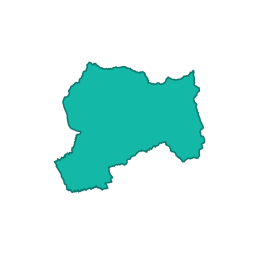 Baraya, Huila, Colombia (Mercator projection), rotated 311°
{"feature_id": "7082276B91973001860083", "entity_name": "Baraya", "entity_type": "district", "adm_level": 2, "iso_a3": "COL", "parent_name": "Colombia", "parent_adm1": "Huila", "projection": "mercator", "projection_center": [-75.008, 3.124], "detail": "fine", "context": "isolated", "style": "filled", "palette": "teal", "viewbox_px": 256, "rotation_deg": 311, "n_neighbors": 0, "source": "geoboundaries", "source_scale": "gbopen_adm2", "svg_char_len": 5807}
<svg xmlns="http://www.w3.org/2000/svg" viewBox="0 0 256 256"><g transform="rotate(311 128 128)"><path d="M152.1,55.6L150.9,55.9L148.7,55.6L147.8,56.5L147.2,57.5L146.3,57.8L145.2,57.8L143.9,58.9L143.4,58.8L141.9,57.6L141.4,57.5L138.9,58.4L138.2,59.1L136.2,59.4L135.2,60.1L133.1,59.4L131.4,60.4L130.7,61.4L129.8,60.7L128.4,60.3L128.5,59.5L128.3,59.1L127.0,58.7L125.5,58.9L124.6,58.5L123.7,58.8L122.9,58.1L121.9,57.8L119.8,58.6L117.0,58.8L116.6,59.5L116.6,60.3L115.9,60.9L114.6,61.5L112.3,61.8L111.8,61.4L110.9,61.3L110.4,61.0L110.2,60.2L109.3,60.0L108.8,60.5L108.0,60.5L105.1,61.7L101.8,66.1L98.3,73.3L97.3,74.4L95.4,75.9L91.6,80.9L91.2,81.7L90.4,84.5L90.5,85.7L92.4,91.5L94.2,94.7L92.8,95.7L92.1,95.7L91.0,95.3L89.9,93.9L89.3,94.2L89.2,93.9L88.5,93.8L87.3,95.0L86.4,94.8L85.9,95.7L84.9,95.6L84.9,96.1L84.4,96.3L83.9,97.0L82.4,96.9L81.1,98.1L80.1,98.4L79.2,99.4L78.2,99.2L77.4,99.6L77.0,99.1L76.4,98.9L76.2,99.4L74.3,100.0L73.4,101.9L72.3,102.1L72.1,102.0L72.3,101.6L72.0,101.0L71.0,100.1L69.6,100.8L69.7,100.0L69.2,98.8L68.0,99.0L67.6,98.4L66.6,98.5L66.4,98.1L65.8,98.1L65.2,99.3L64.8,99.7L64.2,98.6L62.7,98.8L62.7,98.0L62.2,97.7L62.1,97.2L60.7,97.8L60.3,97.6L59.1,97.8L58.5,95.3L58.0,95.6L58.0,96.0L57.1,96.2L56.2,95.9L56.0,95.4L55.5,95.4L55.3,95.7L54.5,94.8L54.0,95.7L53.2,98.9L52.2,98.7L52.1,98.9L49.4,107.9L47.6,109.7L47.1,111.4L47.2,111.9L46.7,112.7L46.4,113.8L44.5,116.2L44.2,117.2L44.7,118.2L44.6,118.5L43.9,119.7L41.7,122.1L42.2,123.4L41.8,123.9L41.9,124.2L42.5,123.9L42.6,124.1L43.2,124.1L43.1,125.4L43.6,125.4L42.8,127.3L42.9,128.1L44.7,128.9L44.6,129.3L44.8,129.5L45.9,128.9L46.0,129.3L45.7,130.3L46.3,130.8L47.5,131.1L48.2,130.7L48.4,131.0L48.4,131.6L47.5,132.5L48.9,133.0L48.9,133.5L49.7,133.6L49.8,133.2L50.6,133.3L50.4,134.1L51.3,134.9L51.7,135.0L52.1,134.5L52.6,134.7L52.6,135.0L52.3,134.9L52.2,135.2L52.8,135.4L53.2,135.2L53.5,135.6L53.5,137.0L53.9,136.8L54.2,137.2L55.3,137.1L55.8,137.8L56.6,137.8L57.8,138.5L57.6,139.4L57.8,139.6L57.5,139.9L57.7,140.3L58.2,140.1L58.9,140.2L59.2,140.5L59.1,140.9L59.6,141.2L59.8,140.8L60.6,141.0L60.5,141.3L61.2,141.5L61.3,142.0L61.6,142.2L63.1,142.0L62.6,142.7L63.0,142.9L63.1,143.8L63.4,143.9L63.2,144.8L63.7,145.0L64.2,146.6L64.4,146.6L64.8,147.2L64.5,147.4L64.6,147.8L64.3,148.0L64.6,148.7L64.5,149.0L65.1,148.9L65.6,149.5L67.1,150.3L68.2,151.5L69.3,152.1L70.7,149.5L71.4,147.1L72.9,148.1L74.4,149.6L76.3,150.4L76.1,150.9L76.4,151.1L76.7,151.1L78.2,148.2L79.0,148.0L80.2,148.9L80.4,148.8L81.0,147.2L81.0,145.5L82.4,142.8L83.1,142.1L83.1,141.6L84.3,140.9L85.0,139.8L85.8,139.2L86.0,139.3L86.1,139.9L87.0,139.9L88.7,141.3L89.5,141.4L90.2,142.6L91.2,142.5L93.0,143.5L93.4,144.4L93.7,144.4L94.6,145.0L94.7,145.6L95.1,146.1L95.5,146.0L96.9,146.7L97.6,148.2L97.6,149.4L98.1,149.8L99.3,149.9L99.7,150.3L101.0,150.1L103.2,148.2L103.6,148.2L104.5,148.5L105.6,149.8L106.4,149.9L107.4,149.5L108.3,149.5L109.7,149.9L111.7,151.3L114.5,151.2L117.6,151.6L118.5,152.1L119.5,153.4L120.3,153.1L120.8,154.5L121.6,155.5L121.5,156.5L121.9,157.5L122.3,157.8L122.6,156.9L124.6,157.8L125.6,158.6L126.4,157.7L127.0,157.6L127.5,159.6L128.4,159.4L129.2,159.5L130.8,159.0L131.6,159.3L131.5,161.0L133.1,161.0L133.8,161.6L134.9,162.2L135.9,161.9L137.6,161.7L138.6,163.2L140.5,164.1L141.3,164.9L141.8,166.4L140.6,166.9L140.3,167.9L141.2,171.2L141.0,172.3L140.1,173.4L139.9,174.3L138.8,175.0L139.0,175.6L138.9,176.6L139.6,177.4L140.3,179.6L139.8,181.0L139.0,182.1L138.8,185.9L139.6,186.6L139.1,187.3L139.0,188.7L139.2,188.9L138.3,191.3L139.5,192.5L141.8,192.4L142.5,192.7L144.6,193.1L145.2,193.7L145.1,194.4L145.6,195.1L147.3,196.3L148.0,196.2L148.7,196.7L149.4,197.7L150.1,199.4L151.0,200.4L154.2,200.0L155.7,198.1L157.5,196.7L158.6,196.3L159.3,196.3L160.9,197.3L161.7,197.3L162.3,197.0L163.0,196.2L163.6,194.2L165.5,194.4L166.5,195.1L167.3,195.1L169.6,193.3L170.9,190.1L170.8,189.6L170.0,189.0L170.0,188.4L170.6,187.2L172.0,185.8L172.2,184.7L174.7,184.1L176.8,184.9L178.0,184.2L179.0,182.5L179.3,181.3L180.1,179.8L180.3,178.7L180.8,177.7L181.8,176.7L184.4,172.0L185.7,170.8L185.5,170.1L185.8,169.4L186.4,169.0L187.4,167.7L187.5,166.9L188.3,165.5L190.7,164.5L191.2,163.0L190.8,161.1L191.8,160.3L192.6,158.8L193.4,158.4L195.0,158.1L197.7,158.4L199.5,157.2L200.7,157.1L202.3,157.6L203.1,157.4L203.6,156.6L204.8,155.6L204.9,155.2L204.4,154.1L204.3,152.0L203.8,151.3L203.8,149.9L204.3,149.1L205.7,148.7L206.5,147.2L208.2,146.3L209.7,144.5L210.7,142.7L213.3,141.0L214.3,139.8L213.1,139.4L212.5,139.8L212.0,139.9L211.2,139.4L210.9,138.6L208.8,139.2L207.6,138.9L206.6,139.2L206.0,138.2L205.0,137.8L204.0,136.4L203.3,136.2L202.3,136.6L201.7,136.1L201.1,136.1L200.7,135.8L199.8,136.0L198.9,135.1L198.6,135.2L197.5,133.8L196.3,133.3L195.2,132.0L194.8,130.8L194.0,130.2L193.2,128.1L193.4,127.6L192.5,126.0L192.9,125.3L192.6,124.9L191.1,125.0L190.2,124.7L187.8,125.9L184.4,125.5L183.3,124.7L183.1,124.3L182.5,124.1L182.2,123.3L182.3,122.1L181.7,121.1L181.1,120.7L180.7,120.9L180.3,120.5L179.1,120.1L178.6,119.7L178.3,119.3L178.4,118.7L177.9,118.2L177.9,117.9L177.6,117.5L176.9,117.3L176.7,115.4L175.7,114.2L175.4,113.5L177.3,112.3L177.4,111.7L177.1,111.0L178.2,110.3L178.1,109.8L178.6,109.0L178.4,108.5L178.9,107.5L179.0,106.3L179.2,105.9L180.0,105.5L179.9,104.9L180.4,104.2L180.0,102.1L179.6,102.0L178.2,100.5L177.7,100.8L177.0,100.6L176.4,98.5L175.6,97.4L175.5,95.6L174.5,94.6L174.4,92.5L173.9,91.6L174.5,90.8L173.4,89.7L173.2,88.7L172.7,88.3L172.7,87.6L172.3,87.5L171.9,86.6L172.4,86.0L172.3,85.7L170.5,83.5L168.8,82.5L166.3,80.3L166.3,78.9L165.0,78.4L163.9,77.4L162.0,77.3L161.6,75.9L160.9,75.4L160.2,75.6L160.0,74.5L159.0,74.1L158.7,72.7L157.8,72.5L156.1,69.9L156.3,68.9L155.2,67.6L155.3,65.1L154.8,64.4L155.1,63.6L154.9,63.3L155.1,62.1L155.4,61.3L154.8,60.9L154.3,60.0L153.5,60.7L153.0,60.5L152.4,58.5L152.9,57.4L152.1,55.6Z" fill="#14b8a6" stroke="#0f766e" stroke-width="1.5"/></g></svg>